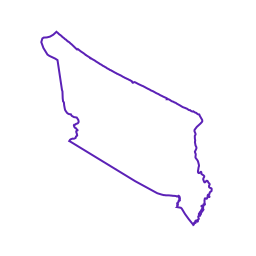 Tak Bai, Narathiwat, Thailand, rotated 353°
{"feature_id": "78962969B25686112002312", "entity_name": "Tak Bai", "entity_type": "district", "adm_level": 2, "iso_a3": "THA", "parent_name": "Thailand", "parent_adm1": "Narathiwat", "projection": "mercator", "projection_center": [102.027, 6.239], "detail": "fine", "context": "isolated", "style": "outline", "palette": "violet", "viewbox_px": 256, "rotation_deg": 353, "n_neighbors": 0, "source": "geoboundaries", "source_scale": "gbopen_adm2", "svg_char_len": 5820}
<svg xmlns="http://www.w3.org/2000/svg" viewBox="0 0 256 256"><g transform="rotate(353 128 128)"><path d="M67.4,97.7L67.6,101.1L67.8,102.5L68.2,103.4L69.3,105.5L70.3,106.5L71.1,107.0L73.0,107.5L73.1,108.0L73.7,109.1L74.1,109.4L75.4,110.4L75.7,110.6L76.8,110.9L77.1,111.0L77.5,111.1L78.4,111.4L79.6,113.8L79.7,114.6L79.8,115.4L79.7,115.9L79.5,116.4L79.1,116.8L78.8,117.1L78.5,117.3L76.9,117.6L76.0,118.3L75.7,118.3L75.3,118.2L75.0,118.2L74.8,118.4L74.6,118.7L74.7,119.7L75.0,120.7L75.7,121.6L76.2,121.9L76.5,122.1L77.0,123.2L77.6,123.8L77.6,124.2L76.5,124.6L76.2,125.0L76.2,126.2L76.6,127.8L76.5,128.2L76.7,128.9L76.6,129.3L76.2,129.6L75.3,130.1L75.0,131.0L74.9,131.3L74.7,131.5L73.3,132.0L72.6,132.0L71.9,131.8L71.6,131.8L69.6,132.3L69.0,132.7L68.1,133.8L69.0,134.4L128.7,181.7L149.1,196.3L153.1,198.1L155.4,199.0L156.7,199.2L157.2,199.4L160.1,199.8L161.7,200.1L162.6,200.4L163.2,200.4L163.9,200.7L166.2,201.1L167.6,201.5L168.1,201.9L168.3,202.0L168.7,202.0L169.8,201.4L170.0,201.4L170.6,202.1L170.8,202.7L170.7,203.0L170.1,203.4L170.1,203.6L170.3,203.8L170.9,203.9L170.9,204.4L170.9,204.7L170.6,205.2L170.0,205.6L169.8,205.8L170.0,206.0L170.6,205.8L170.7,206.0L170.4,206.4L169.5,206.8L169.1,207.1L168.9,207.4L168.8,208.2L168.6,208.4L167.9,208.5L167.6,208.7L167.6,209.4L168.1,209.9L168.2,210.2L168.1,210.3L167.7,210.4L167.6,210.5L167.8,210.9L167.6,211.1L167.3,211.3L167.3,211.5L167.5,212.0L167.4,212.3L167.1,212.5L170.7,213.6L171.5,214.5L174.1,220.3L175.2,222.3L177.2,225.9L180.8,231.7L181.0,232.2L181.4,232.0L181.7,231.6L181.9,230.7L182.1,230.2L182.5,230.2L183.1,230.5L183.3,230.4L183.1,229.8L183.2,229.2L183.5,228.6L183.8,228.3L184.0,228.2L184.2,228.3L184.3,228.4L184.4,229.0L184.8,229.3L185.2,229.4L185.5,229.4L185.8,229.3L186.0,229.1L186.1,228.7L185.7,228.0L185.7,227.7L185.9,227.6L186.4,227.5L186.7,227.3L187.0,227.1L187.2,226.7L187.2,226.4L186.9,225.1L186.9,224.7L187.0,224.3L187.2,224.1L187.7,223.9L188.8,223.9L189.0,223.6L188.9,223.4L188.2,223.0L187.9,222.7L187.8,222.3L187.9,221.8L188.1,221.6L188.3,221.6L189.2,222.5L189.5,222.5L189.8,222.4L190.0,222.2L190.1,221.9L190.0,221.5L189.7,221.1L188.9,220.9L188.9,220.6L189.0,220.4L190.0,219.6L190.3,219.1L190.6,219.2L190.7,219.8L190.9,220.0L191.1,220.2L191.4,220.1L191.6,219.9L192.1,219.0L192.7,218.6L192.8,218.3L192.9,218.1L192.6,217.9L191.8,218.0L191.5,217.9L191.3,217.7L191.6,217.3L192.0,217.5L192.4,217.4L192.8,216.6L192.9,216.1L192.8,215.9L192.4,215.5L191.5,214.9L191.4,214.7L191.4,214.4L191.7,214.2L192.0,214.2L192.3,214.3L192.9,214.8L193.2,214.8L193.4,214.6L193.5,213.5L193.6,213.0L193.8,212.9L194.0,213.0L194.6,213.5L195.0,213.3L195.1,213.0L194.9,212.0L194.8,211.5L195.0,210.7L195.0,209.6L195.6,207.5L195.7,207.3L196.0,207.2L197.2,207.7L197.4,207.8L197.7,207.7L198.0,207.4L198.3,206.4L198.5,206.1L199.2,206.0L200.1,206.4L200.3,206.4L200.5,205.9L200.3,205.4L200.0,205.2L199.1,204.8L198.9,204.6L199.0,204.4L199.1,204.2L199.3,204.0L200.4,203.6L200.7,203.5L200.9,203.2L201.2,202.2L201.3,202.0L201.5,201.7L202.8,201.0L203.2,200.7L203.3,200.4L203.6,198.9L203.6,198.5L203.4,198.1L203.0,197.8L201.8,197.2L201.5,196.9L201.3,196.6L201.3,195.8L201.3,195.5L201.6,194.8L202.1,194.2L202.2,193.7L202.0,193.1L201.1,191.9L200.9,191.3L200.7,190.7L200.5,190.4L200.3,190.2L199.9,190.0L199.4,190.0L198.3,191.0L197.7,191.3L197.3,191.2L197.0,190.7L196.6,189.2L196.4,188.2L196.4,187.8L196.6,187.4L196.9,186.8L197.5,186.1L197.7,185.7L197.8,185.1L197.5,184.6L197.2,184.2L195.4,182.7L195.3,182.1L195.4,180.9L195.3,180.6L195.1,180.4L194.8,180.4L193.6,181.2L193.1,181.4L192.6,181.3L192.2,180.8L192.1,180.2L192.2,179.2L192.7,177.7L193.2,175.8L193.8,174.4L193.9,173.5L193.5,170.3L193.2,169.0L192.7,168.0L191.7,166.3L191.4,165.6L191.4,165.0L191.9,163.1L192.0,162.6L192.0,161.8L191.6,160.6L191.5,159.7L192.9,157.5L193.3,156.8L193.5,156.0L193.5,155.3L192.9,153.6L192.8,151.7L192.7,150.3L193.2,148.4L193.1,146.4L193.3,144.3L193.4,143.9L194.2,142.8L194.3,142.6L194.3,141.8L193.6,139.3L193.7,138.5L193.9,137.9L194.3,137.5L196.4,135.3L200.5,132.4L201.9,131.2L202.3,130.8L202.6,130.2L202.6,129.1L202.3,128.3L200.8,124.8L200.4,123.3L200.0,123.3L199.0,122.8L198.5,122.4L197.6,121.3L196.7,121.0L194.8,119.4L194.4,119.6L194.0,119.5L193.7,119.4L192.8,118.9L191.7,117.8L191.2,117.8L190.5,117.5L188.7,115.9L188.0,115.6L187.4,115.2L185.2,114.1L184.7,113.8L182.2,111.8L179.3,109.7L178.4,108.8L177.2,108.3L176.3,107.5L175.6,107.2L174.6,106.7L172.9,105.2L171.6,104.3L171.1,104.2L170.9,104.2L170.7,104.3L170.1,104.2L170.3,103.9L170.3,103.4L170.1,103.2L166.2,100.8L165.7,100.4L163.9,99.3L162.2,97.9L161.5,97.6L160.5,96.9L160.1,96.7L159.5,96.2L158.4,95.4L157.5,94.7L156.1,93.9L155.6,93.7L154.8,93.0L152.8,91.6L152.3,91.4L151.6,90.8L151.2,90.6L150.6,90.1L147.9,88.2L147.1,87.8L143.6,85.6L140.8,83.6L139.8,83.2L139.2,83.4L138.4,83.7L138.1,83.6L137.7,82.8L137.8,82.7L137.4,81.9L136.4,81.3L135.9,80.8L135.5,80.7L133.4,79.2L132.7,78.9L132.1,78.4L131.3,78.0L130.4,77.3L129.3,76.6L126.9,74.7L126.7,74.7L125.4,73.8L125.0,73.6L124.4,73.1L123.8,72.9L123.2,72.3L122.5,71.9L120.3,70.3L119.2,69.4L118.7,69.2L118.1,68.6L117.0,68.1L116.2,67.3L114.5,66.2L113.5,65.2L112.6,64.6L111.9,64.0L110.5,63.1L109.4,62.0L108.0,61.1L106.6,59.8L106.4,59.7L105.3,58.8L104.5,58.2L103.6,57.3L103.2,57.0L102.6,56.5L100.9,55.3L99.8,54.3L99.4,54.2L99.2,54.3L98.8,53.9L98.8,53.5L95.6,50.9L95.3,50.5L94.9,50.4L93.9,49.2L92.5,47.9L90.7,46.4L88.0,43.7L87.9,43.6L87.6,43.9L87.4,43.9L87.0,43.9L86.3,43.1L82.0,37.8L81.3,37.2L80.5,36.1L79.8,35.4L79.1,35.0L78.7,34.4L78.2,34.1L77.3,32.8L76.9,32.6L76.2,32.0L75.7,31.3L74.4,30.0L74.1,29.8L73.0,28.3L72.6,28.0L72.1,27.4L71.5,27.0L70.8,26.2L69.7,24.8L69.0,24.2L68.7,23.8L65.2,26.3L61.7,27.8L58.5,28.2L55.3,28.0L53.9,28.7L52.4,32.2L53.8,38.3L57.0,45.3L58.7,46.8L64.1,50.2L66.3,52.0L67.1,82.1L67.4,83.7L66.8,90.6L66.8,93.6L67.2,94.2L67.5,95.1L67.4,97.7Z" fill="none" stroke="#5b21b6" stroke-width="2"/></g></svg>